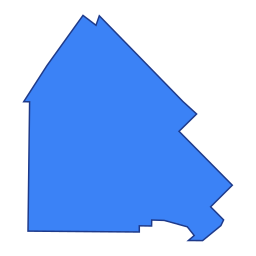 outline of Pulaski, Georgia, United States of America
{"feature_id": "52423323B9618311815094", "entity_name": "Pulaski", "entity_type": "district", "adm_level": 2, "iso_a3": "USA", "parent_name": "United States of America", "parent_adm1": "Georgia", "projection": "orthographic", "projection_center": [-83.432, 32.254], "detail": "fine", "context": "isolated", "style": "filled", "palette": "blue", "viewbox_px": 256, "rotation_deg": 0, "n_neighbors": 0, "source": "geoboundaries", "source_scale": "gbopen_adm2", "svg_char_len": 408}
<svg xmlns="http://www.w3.org/2000/svg" viewBox="0 0 256 256"><path d="M23.7,101.7L29.6,101.8L28.0,231.1L139.3,232.0L139.3,225.8L151.6,226.0L151.7,220.0L164.2,220.4L187.3,226.8L194.2,235.5L188.4,240.5L202.6,240.6L220.9,225.6L223.6,219.9L210.6,206.8L232.3,185.2L179.0,131.3L196.6,114.0L182.9,101.5L99.3,15.8L96.0,25.3L83.0,15.4L47.0,65.5L23.7,101.7Z" fill="#3b82f6" stroke="#1e3a8a" stroke-width="1.5"/></svg>